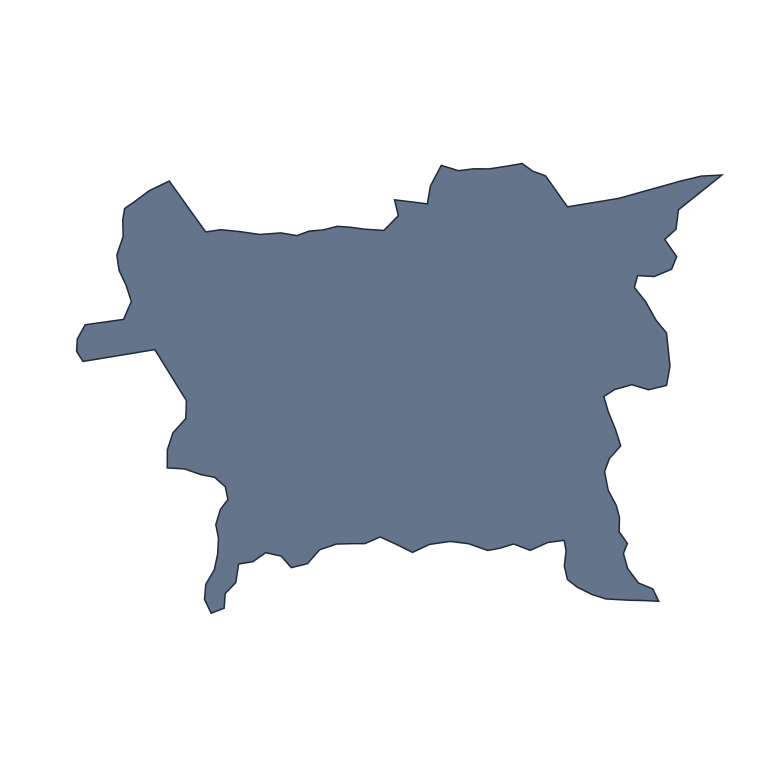 São Sebastião do Caí, Rio Grande do Sul, Brazil (Robinson projection), rotated 277°
{"feature_id": "56859067B90452711270544", "entity_name": "São Sebastião do Caí", "entity_type": "district", "adm_level": 2, "iso_a3": "BRA", "parent_name": "Brazil", "parent_adm1": "Rio Grande do Sul", "projection": "robinson", "projection_center": [-51.346, -29.585], "detail": "fine", "context": "isolated", "style": "filled", "palette": "slate", "viewbox_px": 768, "rotation_deg": 277, "n_neighbors": 0, "source": "geoboundaries", "source_scale": "gbopen_adm2", "svg_char_len": 1727}
<svg xmlns="http://www.w3.org/2000/svg" viewBox="0 0 768 768"><g transform="rotate(277 384 384)"><path d="M250.4,243.1L239.6,236.9L223.9,234.2L210.9,238.5L194.7,239.6L178.9,238.2L163.4,231.5L148.4,232.1L135.4,240.4L142.0,252.7L156.6,251.9L168.9,261.1L187.6,261.6L191.7,275.6L202.2,287.1L200.6,303.0L190.4,314.3L196.3,329.9L211.6,340.3L219.3,356.2L221.6,371.5L223.2,384.4L231.7,398.9L225.7,417.7L220.3,432.8L230.3,448.6L235.8,468.8L235.8,487.3L231.4,507.2L235.1,519.0L241.0,532.2L236.7,549.4L246.7,566.0L250.8,581.9L240.3,585.1L225.5,585.1L212.3,589.9L205.9,600.4L200.4,616.0L197.7,630.5L199.3,654.2L200.7,667.9L201.8,683.2L213.4,675.7L217.5,660.9L230.3,648.5L244.9,642.3L255.4,645.0L266.1,635.4L280.0,634.0L291.7,629.4L305.8,619.5L324.0,613.6L337.5,616.8L351.4,626.5L366.7,619.5L383.6,610.1L398.4,603.7L406.6,613.6L413.5,630.0L410.5,647.2L417.1,664.6L436.5,665.7L450.4,662.5L469.1,658.2L480.3,646.4L497.8,633.5L510.2,620.8L522.5,622.5L523.6,639.1L533.0,655.5L546.0,659.0L561.7,645.0L573.3,655.0L592.7,655.0L632.6,693.9L629.0,673.5L621.5,653.4L596.8,594.2L582.2,544.5L610.3,519.0L613.3,505.8L619.7,494.3L614.4,476.8L610.3,461.8L608.5,446.7L604.8,432.0L608.0,414.2L586.1,405.9L568.1,405.1L568.1,372.0L552.8,377.7L536.4,365.1L535.3,346.0L535.5,331.5L534.8,318.3L529.6,305.1L526.6,290.9L520.7,279.6L521.4,263.2L517.3,242.5L517.7,222.4L517.3,203.3L513.2,188.5L559.3,146.1L547.2,127.3L535.3,114.9L526.6,105.2L515.5,104.7L498.6,107.1L479.6,103.1L464.6,107.1L451.1,115.7L435.1,123.2L416.4,117.6L406.4,80.2L391.3,74.1L379.0,74.9L369.7,82.4L390.2,152.3L343.4,189.9L325.6,191.5L309.9,180.5L292.3,177.0L274.3,179.1L275.4,196.3L271.8,213.0L270.7,227.2L262.7,239.0L250.4,243.1Z" fill="#64748b" stroke="#1e293b" stroke-width="1.5"/></g></svg>